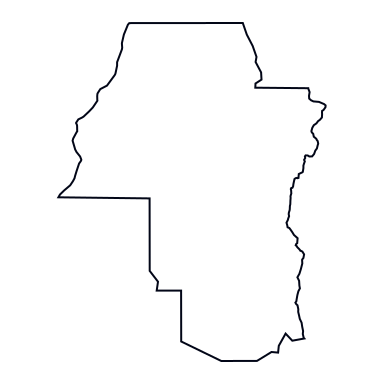 outline of Adams, Idaho, United States of America
{"feature_id": "52423323B12250244819251", "entity_name": "Adams", "entity_type": "district", "adm_level": 2, "iso_a3": "USA", "parent_name": "United States of America", "parent_adm1": "Idaho", "projection": "robinson", "projection_center": [-116.339, 44.856], "detail": "fine", "context": "isolated", "style": "outline", "palette": "ink", "viewbox_px": 384, "rotation_deg": 0, "n_neighbors": 0, "source": "geoboundaries", "source_scale": "gbopen_adm2", "svg_char_len": 2543}
<svg xmlns="http://www.w3.org/2000/svg" viewBox="0 0 384 384"><path d="M308.2,88.2L255.3,87.7L255.5,83.5L261.5,79.6L261.1,72.4L255.6,62.0L256.5,56.9L252.7,46.0L246.8,34.6L242.8,23.0L129.3,23.1L127.9,24.7L126.4,28.4L123.9,34.5L122.0,42.7L121.9,43.6L122.2,47.7L121.9,49.4L117.1,62.2L117.1,65.7L115.5,73.3L115.2,74.2L114.7,75.1L107.0,85.6L100.3,89.1L97.8,93.0L97.4,93.9L97.2,96.2L97.3,100.2L97.4,100.7L92.8,107.5L89.1,111.4L83.6,116.6L82.0,117.6L78.3,119.4L76.1,122.8L76.1,123.2L76.8,124.5L77.1,125.8L77.2,131.4L76.7,132.0L73.2,138.5L72.6,140.7L74.9,148.5L75.1,149.3L76.5,152.0L80.1,156.5L81.3,159.6L81.2,160.3L80.7,161.3L79.1,163.5L77.9,167.1L76.6,171.0L75.1,175.9L74.5,178.3L73.0,181.1L70.2,185.3L64.2,190.4L60.0,194.5L58.4,197.3L149.6,198.4L149.7,270.9L158.0,281.7L156.7,290.6L181.1,290.6L181.2,341.5L221.3,361.0L257.0,360.9L271.5,352.0L278.1,352.6L278.8,345.8L285.6,333.6L292.3,340.7L304.3,338.5L303.7,337.8L302.8,334.0L303.1,331.1L302.2,326.7L301.6,322.7L299.8,318.9L299.0,315.2L298.2,311.9L298.3,309.2L297.5,305.3L296.0,303.8L295.4,302.6L296.3,301.4L296.8,298.4L297.4,295.0L298.4,291.2L299.9,288.4L299.4,285.7L299.1,280.8L297.4,277.3L299.4,273.8L300.9,269.0L302.3,263.5L302.2,261.6L302.1,260.3L302.2,259.5L303.4,258.0L304.1,254.4L302.4,251.6L301.1,250.9L300.7,250.9L300.2,250.6L300.1,250.2L299.6,249.6L299.1,249.0L298.2,248.1L297.3,247.2L297.0,246.7L296.7,246.1L295.7,245.3L296.2,244.0L297.2,243.2L297.6,238.2L294.0,235.0L292.3,232.2L290.3,229.3L289.3,228.0L287.6,227.3L287.2,225.1L286.5,222.7L287.3,221.1L288.0,219.6L288.2,218.5L288.6,217.5L289.1,216.1L288.9,215.2L288.7,214.1L288.9,212.5L289.4,211.0L289.7,209.9L289.8,208.6L289.9,206.0L290.3,204.2L290.4,200.8L290.6,198.0L290.5,196.2L291.0,194.4L291.3,193.6L291.2,191.7L291.1,190.1L290.8,189.1L291.3,188.0L292.4,187.8L293.1,186.4L293.4,184.1L293.9,181.7L294.5,179.0L295.6,178.2L296.9,177.9L297.7,178.2L298.5,177.9L298.5,177.3L298.8,174.0L301.1,172.9L302.2,172.4L302.8,171.9L303.0,170.7L303.4,168.1L303.4,165.6L304.0,163.6L304.8,161.4L304.1,159.9L305.2,158.0L304.9,156.4L305.6,155.4L307.8,155.5L309.3,156.5L312.1,156.4L314.1,154.0L315.3,150.6L316.9,148.5L317.7,145.2L318.2,143.7L317.7,141.1L316.7,139.8L316.3,138.8L314.8,137.5L313.8,136.7L313.2,133.8L311.8,132.4L311.4,131.1L312.3,127.8L313.8,125.2L316.4,123.4L318.1,121.1L319.8,119.9L321.9,117.5L322.1,114.2L322.0,112.4L322.1,110.9L323.5,110.0L324.8,108.2L325.5,107.1L325.6,105.4L324.1,104.1L319.0,101.9L313.4,101.4L311.1,100.3L309.2,98.6L309.0,95.9L309.6,92.1L308.2,88.4L308.2,88.2Z" fill="none" stroke="#020617" stroke-width="2"/></svg>